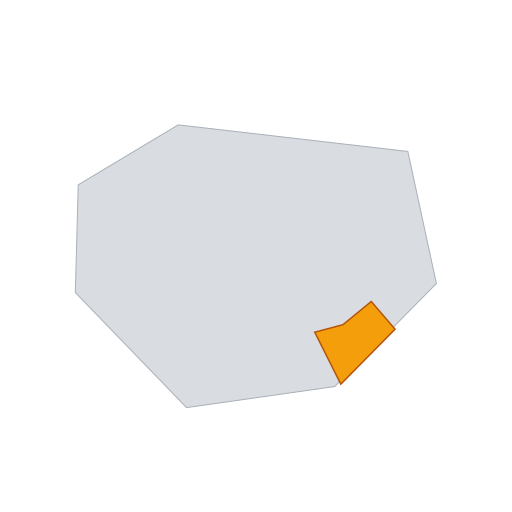 location of Aiwo within Nauru, rotated 247°
{"feature_id": "NRU-4972", "entity_name": "Aiwo", "entity_type": "state/province", "adm_level": 1, "iso_a3": "NRU", "parent_name": "Nauru", "parent_adm1": "", "projection": "orthographic", "projection_center": [166.914, -0.531], "detail": "fine", "context": "in_parent", "style": "filled", "palette": "amber", "viewbox_px": 512, "rotation_deg": 247, "n_neighbors": 0, "source": "natural_earth", "source_scale": "10m", "svg_char_len": 400}
<svg xmlns="http://www.w3.org/2000/svg" viewBox="0 0 512 512"><g transform="rotate(247 256 256)"><path d="M407.1,235.6L292.9,436.6L160.2,411.3L105.1,277.5L143.6,132.8L292.9,75.4L391.0,120.2L407.1,235.6Z" fill="#d9dde1" stroke="#a8b0b8" stroke-width="1"/><path d="M134.3,355.4L104.9,284.0L162.9,280.3L158.8,309.2L169.1,344.3L134.3,355.4Z" fill="#f59e0b" stroke="#b45309" stroke-width="1.5"/></g></svg>